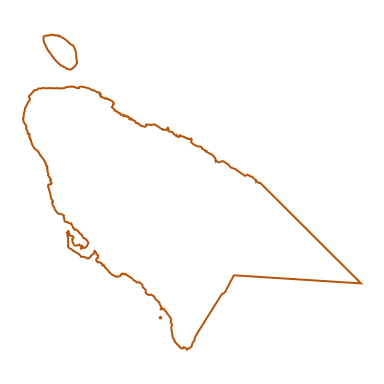 North Malaita, Malaita, Solomon Islands (Natural Earth projection)
{"feature_id": "97153195B19002980300101", "entity_name": "North Malaita", "entity_type": "district", "adm_level": 2, "iso_a3": "SLB", "parent_name": "Solomon Islands", "parent_adm1": "Malaita", "projection": "natural_earth1", "projection_center": [160.61, -8.382], "detail": "fine", "context": "isolated", "style": "outline", "palette": "amber", "viewbox_px": 384, "rotation_deg": 0, "n_neighbors": 0, "source": "geoboundaries", "source_scale": "gbopen_adm2", "svg_char_len": 5771}
<svg xmlns="http://www.w3.org/2000/svg" viewBox="0 0 384 384"><path d="M187.2,349.4L191.5,346.6L192.5,343.1L194.2,340.8L195.2,337.0L197.7,332.6L221.7,294.3L224.9,292.4L233.9,275.3L361.0,283.4L260.2,182.9L258.9,183.0L258.1,182.6L257.2,181.5L256.7,181.5L256.1,181.9L256.0,180.0L255.1,179.7L251.7,176.5L250.3,176.4L247.8,174.7L247.0,174.7L245.7,175.8L244.9,175.8L236.2,169.8L235.8,169.3L231.2,167.6L229.6,166.3L228.5,164.6L223.4,161.4L222.4,161.1L218.6,162.5L217.3,161.7L216.4,160.4L215.9,160.1L215.6,160.9L215.3,160.0L215.4,159.0L215.0,158.0L213.7,156.2L212.3,154.9L207.9,152.6L207.0,152.1L206.9,151.4L206.4,151.1L205.8,151.4L204.5,149.8L202.4,149.1L202.0,147.6L201.4,147.1L200.2,146.6L197.0,146.2L193.0,144.0L191.4,142.4L191.1,141.6L191.7,139.7L191.3,138.6L190.0,138.6L189.4,139.2L188.2,138.9L187.2,138.2L186.7,138.5L184.4,137.0L180.6,135.9L179.8,135.2L179.5,135.5L179.7,136.4L179.2,136.9L176.8,136.4L176.6,136.1L176.8,135.6L176.6,135.2L176.2,135.8L175.9,135.8L174.1,134.3L173.9,133.8L172.2,132.0L169.4,131.5L168.4,131.0L168.5,129.2L168.3,128.1L167.9,127.7L166.6,129.8L164.1,129.9L162.6,129.7L162.4,129.0L161.5,128.9L155.1,124.6L153.5,124.5L151.2,125.1L148.7,124.5L146.8,124.9L146.1,124.6L145.7,126.5L145.1,126.8L141.1,125.9L137.7,123.1L136.0,123.0L135.2,121.3L133.6,120.6L132.6,119.5L132.1,119.3L131.6,119.6L131.3,118.7L130.8,118.7L130.1,119.3L129.4,119.2L129.4,118.1L128.9,117.2L128.0,116.5L127.1,116.9L126.1,116.0L125.2,115.9L124.6,115.3L124.1,116.2L123.5,116.3L123.4,115.3L123.0,114.9L121.4,114.4L120.9,114.5L120.9,115.4L119.8,113.2L119.1,113.1L117.8,112.0L117.3,112.1L116.3,111.1L114.7,110.7L114.3,109.2L111.8,107.2L113.1,105.0L113.0,104.3L113.9,103.9L113.7,103.0L112.4,101.3L110.8,100.3L109.1,99.8L108.2,99.0L106.5,98.5L106.2,98.9L105.3,98.7L104.8,98.1L104.3,98.3L101.6,96.7L101.1,97.0L100.1,95.4L99.6,93.9L99.7,93.6L100.5,93.8L100.1,93.0L98.7,92.4L97.5,92.4L94.0,90.3L92.5,90.3L89.1,88.4L87.4,88.1L86.4,87.6L80.9,86.5L79.3,86.9L79.2,88.0L78.5,88.3L76.6,87.9L75.2,87.2L72.9,86.6L71.7,86.8L70.7,86.5L66.0,87.3L64.0,88.2L62.7,88.3L59.8,88.4L57.6,88.1L54.6,88.4L51.9,88.0L50.8,88.4L48.9,88.0L46.4,88.4L43.4,87.9L40.6,88.6L38.9,88.4L37.7,89.0L36.9,89.8L35.7,90.3L35.1,90.1L34.2,90.4L33.4,91.0L33.3,91.9L32.2,92.6L31.3,94.0L29.6,95.3L28.9,96.5L29.1,97.6L29.8,98.3L29.9,99.2L29.6,100.5L28.3,101.9L25.8,107.0L25.1,107.8L24.9,109.8L23.9,113.7L23.6,117.5L23.0,117.8L23.1,118.9L23.6,121.7L26.3,126.1L26.5,127.1L26.1,127.6L26.1,128.3L28.2,133.1L27.9,133.9L28.3,134.3L29.3,134.1L29.7,135.1L29.1,136.9L30.1,137.8L30.1,139.2L30.8,139.6L31.1,141.4L32.5,145.3L33.5,146.7L33.7,147.4L35.4,149.4L37.1,150.3L37.3,150.8L38.3,151.5L38.9,152.5L38.8,153.1L40.2,154.8L40.4,155.5L41.0,155.8L41.6,157.2L43.5,159.0L44.1,160.7L44.8,161.3L45.1,162.6L45.7,163.1L46.1,165.4L47.1,165.8L47.3,166.2L47.4,167.0L46.9,167.4L47.2,168.2L46.9,168.6L47.7,169.9L47.4,171.3L48.3,173.7L48.1,175.3L48.8,176.7L49.8,177.5L50.2,178.7L50.9,179.4L51.0,179.8L50.3,180.7L50.5,181.7L51.3,182.3L51.7,183.3L51.5,183.7L50.6,184.2L48.4,184.7L48.3,185.8L48.0,186.1L50.0,192.8L51.1,198.3L53.0,201.1L53.0,201.5L52.0,202.2L52.5,203.2L52.3,204.1L53.2,206.1L54.1,206.9L54.6,209.1L57.8,213.5L60.1,213.8L62.2,214.5L64.0,215.7L63.5,217.2L64.3,218.1L64.3,220.2L64.8,221.5L67.4,222.1L68.2,222.8L69.9,223.5L70.8,223.6L71.3,223.4L71.5,223.7L71.7,224.8L72.6,226.0L73.2,228.0L73.9,228.3L74.3,229.6L75.0,229.9L75.6,229.4L76.0,229.4L77.0,230.5L78.3,231.2L79.5,233.2L81.5,234.5L83.5,238.1L85.7,239.0L87.4,241.0L88.4,242.9L87.2,245.7L85.6,247.3L84.6,248.0L83.2,247.5L82.1,248.3L80.9,248.6L80.8,248.2L82.1,247.6L82.6,246.6L82.1,245.7L80.2,245.8L79.2,244.5L77.3,245.5L75.1,245.6L74.1,244.9L72.6,242.2L72.2,239.2L73.3,238.1L73.5,237.4L73.4,236.9L72.8,236.3L69.4,235.3L69.1,234.6L69.2,233.9L69.0,233.1L68.7,232.9L68.9,231.9L68.3,231.0L67.9,231.1L66.9,232.9L67.0,233.4L67.4,233.9L67.8,237.9L68.3,238.7L67.9,240.5L68.3,244.5L67.9,246.2L68.1,246.9L69.8,248.5L71.5,249.2L73.3,250.9L75.0,251.7L79.1,254.3L80.6,255.9L81.0,256.8L82.2,256.7L85.6,257.4L87.4,258.5L88.0,258.5L89.0,258.1L90.5,256.9L91.2,255.5L93.2,254.1L93.7,253.1L94.7,252.2L94.3,251.1L94.7,250.8L95.9,252.3L96.5,254.3L97.5,254.7L98.2,255.7L98.1,257.3L97.7,257.3L97.6,257.7L96.3,258.9L96.2,259.4L96.6,261.1L97.7,262.3L98.6,262.0L100.0,262.8L100.5,262.6L102.2,263.8L102.2,265.3L102.6,265.4L103.1,265.1L103.9,265.3L104.1,266.1L105.1,266.8L105.2,267.6L107.5,269.9L109.6,272.5L112.7,275.2L113.1,275.0L116.0,276.8L116.8,276.8L117.4,276.3L119.8,276.4L120.6,275.7L120.7,274.5L121.7,274.3L122.4,273.5L122.7,273.4L123.3,274.2L124.6,274.3L125.1,273.8L125.6,273.8L125.9,274.4L131.9,278.3L133.5,280.1L136.3,281.7L136.4,282.2L137.8,282.6L139.7,282.4L141.8,284.2L142.5,285.4L142.8,287.4L144.3,288.4L145.5,289.8L145.8,290.8L145.6,292.5L145.9,293.1L148.5,295.0L151.1,294.7L154.0,296.3L155.4,298.9L157.6,301.1L158.7,301.9L159.7,303.7L160.1,305.0L161.5,307.4L161.4,308.1L160.6,308.8L160.7,309.2L161.2,309.4L162.1,309.3L162.5,308.7L163.4,308.7L163.9,308.9L164.5,309.5L164.7,310.5L166.3,311.8L167.0,313.2L170.6,317.9L170.9,319.1L170.9,322.7L172.1,324.5L171.2,327.2L172.6,336.8L173.6,339.0L174.3,339.7L174.8,341.6L176.9,344.0L177.9,344.6L178.3,345.4L178.8,345.8L179.1,346.7L179.9,346.9L181.3,348.4L182.0,348.5L183.0,348.3L183.6,347.2L184.0,347.3L187.2,349.1L187.2,349.4ZM77.0,61.7L76.6,59.0L76.2,58.0L76.3,53.9L75.0,49.2L74.6,48.7L73.6,46.1L72.3,45.0L71.0,44.6L66.2,40.1L63.6,38.3L60.0,36.4L59.2,35.6L58.4,36.2L56.5,35.2L55.3,35.5L53.8,34.9L53.0,35.2L51.4,34.6L48.9,35.5L46.1,35.5L43.6,36.6L43.5,39.8L44.2,42.7L47.8,50.1L49.3,52.0L49.6,52.7L51.2,54.2L52.3,56.5L52.9,56.8L54.4,59.1L58.5,63.3L60.9,65.4L67.7,69.0L70.4,69.6L71.5,69.2L74.7,66.6L75.8,65.3L76.7,63.5L77.0,61.7ZM161.0,318.3L161.2,317.3L160.4,316.9L159.8,317.5L159.7,317.9L160.2,318.4L161.0,318.3Z" fill="none" stroke="#b45309" stroke-width="2"/></svg>